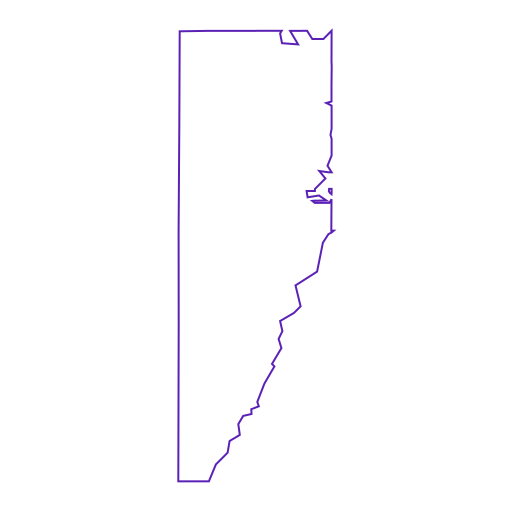 the district of Jefferson, Colorado, United States of America
{"feature_id": "52423323B54822682121857", "entity_name": "Jefferson", "entity_type": "district", "adm_level": 2, "iso_a3": "USA", "parent_name": "United States of America", "parent_adm1": "Colorado", "projection": "orthographic", "projection_center": [-105.138, 39.522], "detail": "fine", "context": "isolated", "style": "outline", "palette": "violet", "viewbox_px": 512, "rotation_deg": 0, "n_neighbors": 0, "source": "geoboundaries", "source_scale": "gbopen_adm2", "svg_char_len": 1086}
<svg xmlns="http://www.w3.org/2000/svg" viewBox="0 0 512 512"><path d="M331.5,101.5L331.5,84.8L331.7,65.8L331.5,61.9L331.6,30.7L323.4,39.0L312.3,39.0L307.1,30.8L290.1,30.9L298.1,44.4L282.0,43.2L280.1,33.4L281.7,30.8L205.3,30.9L179.7,31.3L179.3,126.6L178.6,230.6L178.7,325.2L178.3,481.3L208.4,481.3L208.9,481.3L215.9,464.4L227.6,452.7L229.6,441.0L239.8,434.9L238.3,424.1L243.2,415.9L251.5,414.0L251.3,409.2L258.8,406.3L257.3,401.9L264.4,383.6L274.4,366.4L272.0,363.9L281.4,348.1L278.6,338.9L282.4,331.2L280.1,321.0L294.0,312.9L300.6,306.3L295.5,285.4L317.1,271.6L322.9,242.7L328.4,234.2L331.7,232.4L333.7,230.7L331.3,230.7L331.5,202.1L331.5,199.2L329.5,202.9L314.8,202.9L312.3,200.9L314.0,200.7L326.4,200.5L319.0,195.5L307.6,197.3L306.6,191.0L314.7,191.0L314.9,191.0L314.9,189.0L325.4,178.5L319.3,171.0L328.6,172.3L331.6,172.3L327.5,165.7L331.6,155.6L331.6,151.5L331.6,138.9L330.5,134.8L331.6,128.9L331.6,121.8L331.6,105.6L326.3,103.0L331.5,101.5ZM331.5,194.2L331.6,193.1L331.6,188.9L329.1,188.9L328.9,191.3L330.0,193.0L331.5,194.2Z" fill="none" stroke="#5b21b6" stroke-width="2"/></svg>